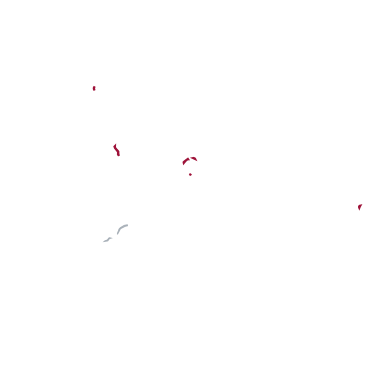 where Railik Chain sits in Marshall Islands, rotated 128°
{"feature_id": "MHL-4968", "entity_name": "Railik Chain", "entity_type": "state/province", "adm_level": 1, "iso_a3": "MHL", "parent_name": "Marshall Islands", "parent_adm1": "", "projection": "robinson", "projection_center": [168.279, 8.142], "detail": "coarse", "context": "in_parent", "style": "outline", "palette": "rose", "viewbox_px": 384, "rotation_deg": 128, "n_neighbors": 0, "source": "natural_earth", "source_scale": "10m", "svg_char_len": 1383}
<svg xmlns="http://www.w3.org/2000/svg" viewBox="0 0 384 384"><g transform="rotate(128 192 192)"><path d="M260.2,223.6L265.0,225.8L271.3,224.7L270.3,225.4L267.9,226.0L266.3,226.6L265.3,226.6L264.0,226.4L260.0,224.8L257.7,222.8L258.3,222.1L260.2,223.6ZM204.8,279.8L204.0,281.1L203.1,281.0L203.9,280.0L204.5,278.7L205.4,274.8L207.2,273.5L208.5,271.9L208.2,273.5L206.2,275.3L204.8,279.8ZM278.2,227.4L279.6,228.4L282.4,228.3L285.0,230.7L284.0,230.5L282.6,229.5L281.3,229.1L279.6,229.2L278.8,228.8L278.2,227.4ZM174.3,216.2L173.7,216.9L170.1,216.5L168.4,215.7L168.6,215.1L171.4,215.7L174.3,216.2ZM101.0,51.1L100.1,51.4L99.3,51.1L99.8,50.6L100.9,50.5L101.4,50.6L101.0,51.1Z" fill="#d9dde1" stroke="#a8b0b8" stroke-width="1"/><path d="M203.1,281.0L204.1,280.3L204.6,279.3L204.9,278.0L205.2,276.0L205.5,274.9L207.2,273.5L208.5,271.9L208.0,273.5L205.9,275.1L204.8,279.8L204.0,281.1L203.1,281.0ZM170.8,216.2L174.3,216.3L173.7,217.0L172.8,216.9L168.4,215.7L168.6,215.1L169.1,215.7L170.8,216.2ZM101.6,50.3L101.2,51.0L100.5,51.5L99.6,51.4L99.0,50.9L100.3,50.7L101.6,50.3ZM164.7,212.2L164.2,211.8L163.9,211.0L163.8,210.2L164.1,209.6L164.7,212.2ZM168.8,333.7L170.7,333.0L171.9,331.4L171.6,332.4L170.9,333.2L170.0,333.7L168.8,333.7ZM179.4,204.8L179.5,204.4L179.3,204.1L178.4,203.9L178.9,203.8L179.4,203.9L179.5,204.4L179.5,205.0L179.4,204.8Z" fill="none" stroke="#9f1239" stroke-width="2"/></g></svg>